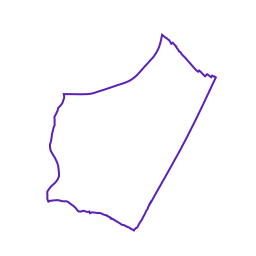 Heemstede, Noord-Holland, Netherlands, rotated 193°
{"feature_id": "6326949B37301636239269", "entity_name": "Heemstede", "entity_type": "district", "adm_level": 2, "iso_a3": "NLD", "parent_name": "Netherlands", "parent_adm1": "Noord-Holland", "projection": "orthographic", "projection_center": [4.618, 52.343], "detail": "fine", "context": "isolated", "style": "outline", "palette": "violet", "viewbox_px": 256, "rotation_deg": 193, "n_neighbors": 0, "source": "geoboundaries", "source_scale": "gbopen_adm2", "svg_char_len": 5521}
<svg xmlns="http://www.w3.org/2000/svg" viewBox="0 0 256 256"><g transform="rotate(193 128 128)"><path d="M115.7,226.5L115.7,226.1L115.7,225.6L115.7,224.7L115.6,221.5L115.6,220.2L115.6,219.4L115.7,217.6L115.7,217.2L115.8,215.8L115.9,214.6L115.9,214.1L116.1,213.1L116.2,212.7L116.3,212.1L116.5,211.1L116.6,210.8L116.6,210.7L116.9,209.3L117.0,209.1L117.1,208.6L117.3,208.0L117.4,207.6L117.6,207.3L117.9,206.3L118.1,205.7L118.5,204.7L119.1,203.2L119.4,202.6L120.5,200.6L121.6,198.8L122.1,197.8L123.3,195.6L125.6,191.6L130.0,183.5L130.4,182.8L130.9,182.0L131.1,181.7L131.8,180.6L132.1,180.2L132.4,179.7L132.7,179.4L133.0,179.0L133.4,178.4L133.9,177.8L134.2,177.5L134.9,176.7L135.6,175.9L136.2,175.4L136.6,174.9L137.2,174.4L137.6,174.0L138.2,173.6L139.2,172.8L139.7,172.4L140.2,172.1L141.1,171.4L141.9,171.0L142.6,170.5L143.6,169.9L146.8,168.0L148.3,167.1L150.9,165.5L152.1,164.7L154.1,163.5L160.3,159.7L161.0,159.3L163.5,157.8L164.8,157.1L166.1,156.3L166.9,155.8L169.3,154.3L171.7,153.2L173.1,152.6L174.8,152.0L175.2,151.9L177.0,151.4L178.4,151.1L179.2,150.8L184.1,149.7L191.1,148.2L193.7,147.6L193.8,147.6L195.0,147.3L198.2,146.6L197.7,145.5L197.5,145.0L197.3,144.4L197.1,143.6L197.0,143.0L197.1,142.0L197.2,140.8L197.3,139.6L197.4,138.4L197.5,137.8L197.8,137.1L198.2,136.0L198.7,134.8L199.4,133.6L200.3,132.2L200.5,132.0L200.5,130.9L200.5,129.8L200.5,129.3L200.6,128.8L201.0,127.0L201.4,124.9L201.7,124.1L202.1,122.7L202.2,122.3L201.8,121.1L201.4,119.6L201.2,119.0L200.8,117.0L200.8,116.7L200.6,116.1L200.3,115.1L200.2,114.8L200.1,114.3L200.3,113.4L200.5,112.5L200.6,111.4L200.6,111.1L200.6,109.6L200.6,107.2L200.7,105.6L200.7,105.1L200.7,104.9L200.6,104.4L200.5,103.2L200.4,102.3L200.3,101.3L200.2,99.8L200.1,98.5L200.1,97.6L200.1,96.8L200.1,96.1L200.4,94.6L200.3,94.4L200.1,93.3L199.9,92.6L198.9,89.8L198.8,89.6L198.2,88.5L197.9,88.1L196.4,86.5L195.7,85.8L194.3,84.2L193.4,83.4L193.0,83.1L192.3,82.3L192.0,81.9L189.1,78.2L188.7,77.5L188.3,76.7L187.5,75.2L187.3,74.8L186.9,73.8L186.5,72.6L185.3,69.1L185.0,68.2L184.9,67.7L184.6,66.1L184.4,65.4L184.8,62.9L185.0,62.1L185.4,61.0L185.5,60.7L185.7,60.4L186.1,59.4L186.4,58.8L186.8,58.2L187.3,57.4L187.9,56.5L188.5,55.7L189.8,53.8L190.2,53.1L190.4,52.6L190.5,52.4L191.7,49.6L191.9,49.0L192.2,48.4L192.2,48.2L192.3,47.7L192.2,47.0L192.2,46.9L191.6,45.1L191.6,44.8L191.2,43.3L191.1,43.1L191.0,42.3L191.0,42.0L190.8,41.2L190.4,40.3L190.2,40.1L190.0,39.8L189.8,39.6L189.7,39.5L189.4,38.7L188.0,39.3L188.0,39.2L187.9,39.3L186.3,39.9L186.1,40.0L184.5,40.6L183.6,40.9L183.1,41.1L182.4,41.3L181.6,41.5L181.3,41.6L180.3,41.9L179.9,42.0L177.6,41.9L175.6,41.9L173.9,42.2L173.3,42.3L172.2,42.6L171.3,42.7L171.0,42.7L170.9,42.7L170.5,42.6L170.2,42.6L169.7,42.4L168.9,42.0L168.6,41.9L167.0,41.2L166.6,41.0L166.4,40.9L166.0,40.7L165.6,40.6L164.5,40.1L163.3,39.6L162.8,39.4L162.7,39.3L162.5,39.1L161.9,38.8L161.1,38.4L160.8,38.1L160.4,37.8L160.2,37.6L159.9,37.3L159.4,36.9L159.2,36.7L158.8,36.4L158.3,36.0L158.1,35.9L157.9,35.8L157.3,35.7L157.1,35.6L156.6,35.7L156.5,35.8L155.6,35.8L155.3,35.9L155.1,35.9L155.0,36.0L154.9,36.1L154.4,36.4L154.1,36.7L153.8,36.9L153.7,37.0L153.3,37.1L153.1,37.2L152.3,37.4L152.2,37.4L151.9,37.4L151.1,37.2L150.9,37.2L149.9,37.1L148.3,37.1L148.1,37.1L147.8,37.1L147.6,37.2L147.5,37.3L147.4,37.4L147.3,37.5L147.0,37.9L146.6,37.6L146.4,37.3L145.8,36.4L144.6,37.3L144.3,37.7L140.4,38.2L138.2,38.3L137.7,38.7L136.3,38.8L134.7,38.8L134.0,38.5L131.8,38.1L130.9,38.1L129.8,38.0L128.4,37.6L128.4,37.8L127.7,37.5L126.3,37.1L124.4,36.5L124.4,36.2L124.5,36.1L124.5,35.9L123.6,35.8L123.0,35.8L122.9,35.8L122.9,36.0L120.4,35.2L118.5,34.6L115.5,33.6L114.2,33.2L113.1,32.7L112.7,32.5L112.2,32.3L111.4,32.4L111.1,32.5L110.8,32.5L110.6,32.5L110.3,32.4L109.8,32.4L108.3,32.0L108.0,31.8L106.7,31.5L106.4,31.7L105.3,31.4L103.1,30.8L102.7,30.6L102.4,30.4L102.1,30.4L101.4,30.2L100.6,30.0L100.3,29.9L100.0,29.8L99.2,29.5L99.1,29.9L99.1,30.1L99.0,30.4L97.7,32.3L96.9,32.8L96.7,33.2L96.5,33.5L96.4,34.0L96.2,34.6L96.0,35.3L95.9,36.1L95.5,37.6L94.9,39.2L94.5,40.3L94.4,40.5L94.0,41.4L93.9,41.7L93.8,42.0L93.7,42.4L93.6,42.7L93.6,43.1L93.2,44.8L93.0,45.5L92.9,45.7L92.8,46.0L92.4,47.4L92.2,48.4L91.9,49.5L91.8,50.1L91.7,50.7L91.5,51.6L91.4,51.9L91.2,52.3L90.9,53.0L90.8,53.3L90.7,53.6L90.6,53.9L90.6,54.2L90.6,54.5L90.7,54.8L90.6,55.2L90.2,56.6L90.0,58.2L89.8,58.2L89.6,59.7L89.3,59.7L89.2,60.1L89.3,60.2L89.0,61.6L88.7,61.5L86.2,70.3L79.0,94.6L71.9,119.3L70.5,124.8L68.6,131.9L63.6,152.4L61.7,160.9L60.3,167.1L58.0,177.6L56.8,183.4L56.7,183.4L55.6,188.9L54.0,196.1L53.8,196.8L53.8,197.1L54.3,197.3L55.6,197.7L56.4,197.4L57.0,197.6L57.8,197.9L58.0,197.3L58.2,196.8L58.4,196.2L60.1,197.0L61.5,197.6L63.0,198.2L63.3,197.7L63.5,197.5L63.9,196.7L64.5,195.7L65.0,195.9L66.5,196.9L68.5,198.2L69.6,199.0L71.6,200.0L72.0,199.1L72.3,198.6L74.4,199.6L74.5,199.6L78.2,202.2L82.9,205.6L86.0,207.8L87.9,209.2L89.7,210.4L89.8,210.5L90.0,210.5L91.5,211.5L92.2,211.9L92.4,212.0L92.9,212.6L93.4,213.2L94.4,213.9L94.6,214.0L94.8,214.0L95.2,214.1L95.4,214.2L95.5,214.2L95.5,214.3L95.7,214.5L95.9,214.7L96.0,214.8L96.3,215.1L96.7,215.5L97.2,215.9L98.1,216.7L98.8,217.3L99.1,217.6L99.2,217.9L99.3,217.8L100.1,218.6L100.4,218.8L100.7,219.1L101.2,219.5L101.3,219.6L101.7,219.8L102.0,219.9L102.2,220.1L102.8,220.6L103.6,221.2L104.8,219.8L105.8,220.9L106.0,221.1L106.9,222.1L107.4,222.6L107.7,222.9L108.3,223.0L108.6,223.1L108.8,223.2L109.2,223.4L110.0,223.9L110.2,224.0L110.9,224.3L111.3,224.4L111.6,224.5L112.0,224.6L114.2,225.7L114.9,226.1L115.7,226.5Z" fill="none" stroke="#5b21b6" stroke-width="2"/></g></svg>